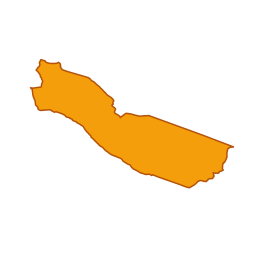 the district of Barva, Heredia, Costa Rica, rotated 110°
{"feature_id": "36466004B93518789602304", "entity_name": "Barva", "entity_type": "district", "adm_level": 2, "iso_a3": "CRI", "parent_name": "Costa Rica", "parent_adm1": "Heredia", "projection": "equal_earth", "projection_center": [-84.115, 10.073], "detail": "fine", "context": "isolated", "style": "filled", "palette": "amber", "viewbox_px": 256, "rotation_deg": 110, "n_neighbors": 0, "source": "geoboundaries", "source_scale": "gbopen_adm2", "svg_char_len": 5784}
<svg xmlns="http://www.w3.org/2000/svg" viewBox="0 0 256 256"><g transform="rotate(110 128 128)"><path d="M163.2,49.9L158.6,46.1L156.6,45.0L155.3,44.5L154.8,44.2L154.6,44.2L153.2,42.9L153.1,42.7L152.9,42.4L152.4,41.4L152.4,40.9L152.2,40.3L152.2,38.6L152.0,37.6L151.9,37.4L151.9,37.2L151.6,36.7L151.4,36.4L151.4,36.2L151.2,36.2L150.8,36.0L150.7,35.8L150.4,35.6L150.1,35.3L149.4,35.3L149.4,35.2L149.0,35.2L148.4,34.8L147.7,33.9L147.7,33.7L147.4,33.3L147.4,33.1L146.9,32.1L146.7,31.4L146.4,31.2L145.4,31.2L145.2,31.1L144.9,31.1L144.5,30.7L143.6,30.7L143.4,30.9L142.1,32.0L141.8,32.1L141.6,32.1L141.3,32.4L140.9,32.5L140.7,31.2L140.7,30.7L140.5,30.3L140.3,29.8L139.9,28.4L139.8,28.2L139.4,27.6L139.2,27.3L138.0,27.3L137.7,27.2L137.2,26.6L137.1,26.3L136.9,26.1L136.1,25.1L135.0,24.2L134.7,24.4L134.0,25.2L133.5,25.6L133.1,25.6L132.4,25.8L132.1,25.8L131.8,26.0L131.5,26.1L131.2,26.3L130.7,26.3L130.3,26.4L128.0,26.4L128.0,26.2L127.8,26.1L127.8,25.9L127.6,25.9L127.3,25.7L127.1,25.7L126.6,25.4L126.1,25.4L125.3,25.2L123.7,25.2L123.4,25.1L121.6,25.1L121.4,25.1L121.1,25.3L120.8,25.3L120.5,25.6L120.3,25.6L119.3,26.0L118.6,26.1L118.1,26.4L117.1,26.7L115.9,26.7L114.8,27.0L113.4,27.0L112.9,26.8L112.2,26.3L112.0,26.2L111.8,25.9L111.6,25.9L111.4,25.6L110.3,23.8L110.0,22.7L109.7,22.2L109.7,21.9L109.2,54.7L109.2,112.7L111.0,116.9L111.0,117.1L111.1,117.4L111.8,118.6L111.9,118.8L112.2,119.6L112.5,119.9L112.8,120.6L113.2,123.1L113.2,123.6L113.3,124.1L113.5,125.6L113.5,126.2L113.6,126.6L113.7,129.1L113.9,130.5L114.2,131.9L114.3,132.5L114.5,133.1L114.5,133.4L114.8,134.6L115.2,135.2L120.8,138.8L119.9,139.6L119.3,141.1L119.2,141.7L119.1,142.4L119.0,142.7L119.0,143.0L118.6,145.3L118.4,145.5L117.9,146.0L117.5,146.2L114.4,146.2L114.3,146.3L114.1,146.6L113.8,147.3L113.7,147.4L113.2,148.8L112.8,150.1L112.3,150.8L111.7,150.8L110.9,150.4L110.3,150.3L110.3,150.2L109.8,150.5L109.4,150.8L108.8,150.9L108.3,150.9L108.0,150.7L107.3,150.7L106.6,151.4L106.1,152.1L105.5,153.3L105.3,153.8L104.7,156.0L104.7,156.3L104.6,156.6L104.5,157.0L104.2,158.4L103.9,159.2L103.4,160.1L102.9,160.8L102.7,161.6L102.4,161.7L102.4,161.8L102.1,162.8L101.7,163.6L101.5,163.9L101.0,164.6L100.7,165.5L100.4,166.0L99.9,167.4L99.0,168.8L98.6,170.2L97.6,172.9L97.6,173.0L97.4,173.4L96.8,174.7L96.6,175.0L96.5,175.5L96.4,175.5L96.3,175.9L96.1,177.0L96.1,177.8L96.0,178.3L95.9,178.6L95.8,178.8L95.7,178.9L95.1,180.1L94.9,180.4L94.5,181.2L94.4,181.7L94.3,182.5L94.4,185.3L95.6,203.5L95.7,209.7L95.1,210.5L94.5,211.5L94.1,211.9L93.7,212.1L93.5,212.6L92.8,212.6L92.1,212.8L90.8,213.8L90.6,214.0L90.4,214.6L90.1,215.8L90.5,216.0L90.9,216.4L91.0,216.4L91.6,217.3L92.6,219.4L92.9,220.4L93.3,221.3L93.4,221.8L93.8,222.6L94.0,223.5L94.1,224.1L94.2,225.4L94.3,226.1L94.3,226.9L94.2,227.7L94.1,227.8L94.0,228.0L93.5,228.4L93.4,229.1L93.4,231.5L93.5,232.1L93.5,232.8L93.6,233.1L93.8,233.3L94.0,233.4L94.6,233.4L94.9,233.2L95.3,233.1L96.1,233.7L96.4,233.7L96.7,233.5L97.0,233.5L97.5,233.3L97.8,232.9L98.8,232.5L99.3,232.5L99.3,232.4L100.2,232.4L101.1,232.7L101.6,233.2L102.3,233.4L102.8,233.5L104.9,234.1L105.2,233.6L105.6,232.8L106.0,231.9L106.2,231.6L106.7,230.7L107.2,230.2L107.4,229.7L107.7,229.3L108.5,228.5L109.8,227.8L110.3,227.1L110.6,226.5L110.9,226.2L111.4,225.9L111.7,225.8L112.2,225.1L113.0,224.4L113.5,224.1L114.0,224.1L116.5,224.2L116.9,224.0L119.1,223.6L122.9,230.6L123.5,233.0L123.9,232.6L124.0,232.6L124.0,232.4L124.3,231.7L124.4,231.3L124.7,231.0L126.0,230.5L127.1,229.8L127.4,229.8L128.2,229.3L128.7,229.1L129.0,228.9L129.6,228.6L130.5,228.0L130.8,227.7L131.1,227.6L131.6,227.1L131.8,227.0L131.9,226.7L134.6,224.4L137.6,222.9L138.5,221.8L138.6,221.3L138.7,221.1L139.1,220.2L140.1,219.5L141.1,218.8L141.5,217.4L141.4,217.1L141.4,216.3L141.3,216.0L141.1,215.8L141.1,215.5L141.0,215.1L140.7,214.7L140.6,214.1L140.1,213.5L140.1,213.4L139.8,212.6L139.6,212.3L139.3,211.6L139.1,211.3L138.7,210.0L138.3,209.4L138.3,209.2L137.8,208.3L137.5,207.4L138.0,205.2L138.3,203.5L138.3,202.6L138.2,202.3L137.6,201.6L137.3,200.6L137.3,199.7L137.2,199.0L137.2,195.1L137.3,194.5L137.4,193.2L137.6,191.9L138.1,190.8L138.7,189.9L138.7,188.9L138.5,188.2L138.5,187.1L138.4,186.7L138.4,186.1L138.5,185.9L138.8,185.8L138.9,183.5L139.0,183.2L139.4,183.1L139.6,182.9L139.8,182.2L139.9,181.7L139.9,178.9L140.0,178.6L140.4,178.0L140.6,177.1L140.6,176.7L140.8,175.6L140.9,174.5L141.4,172.9L141.4,172.4L141.8,171.0L142.1,170.3L144.2,167.8L144.6,166.8L145.0,166.5L145.4,165.7L145.8,165.3L146.3,163.8L146.5,163.4L146.9,163.0L147.1,162.6L147.5,161.5L148.0,160.5L148.3,160.1L149.2,159.6L149.6,158.4L151.2,154.9L151.4,154.8L151.6,153.9L151.8,153.7L152.1,152.9L152.4,152.5L152.4,152.3L152.9,151.4L153.0,150.9L153.4,150.3L153.4,150.1L153.6,150.0L153.6,149.7L153.7,149.4L153.9,149.2L154.1,148.7L154.4,148.3L154.5,147.4L154.6,146.8L154.6,146.5L154.7,146.4L154.7,146.2L155.0,145.4L155.0,145.1L155.3,144.4L155.7,143.8L156.1,142.9L156.7,141.8L156.8,141.6L156.8,141.3L157.0,141.0L157.1,140.2L157.3,139.8L157.4,139.1L157.6,138.5L157.7,138.4L157.9,137.7L158.1,137.4L158.3,136.4L158.4,136.1L158.5,135.6L158.6,135.2L158.7,134.9L158.7,134.4L158.8,134.2L158.8,132.6L158.9,132.2L158.9,128.2L159.0,127.7L159.0,125.2L159.1,124.4L159.7,122.7L160.6,121.7L161.2,119.8L161.5,118.5L161.6,117.6L161.7,117.1L161.9,116.5L161.9,116.1L162.0,115.8L162.0,114.1L162.1,113.4L162.2,113.1L162.5,112.8L163.7,111.2L164.0,110.7L164.1,110.0L164.3,109.5L164.7,108.8L164.8,108.2L164.8,107.0L165.0,105.9L165.3,103.6L165.5,102.8L165.9,100.9L165.9,100.6L165.7,99.5L165.7,98.6L165.6,97.9L165.6,97.5L165.7,97.3L165.7,96.1L165.5,95.0L165.2,94.7L165.0,94.0L164.4,92.9L164.3,92.4L164.1,91.8L164.1,91.1L164.5,90.0L164.5,89.5L164.2,89.2L163.8,89.0L163.6,88.9L163.5,88.6L163.7,83.1L163.4,59.7L163.4,58.1L163.5,57.7L163.5,52.8L163.2,50.6L163.2,49.9Z" fill="#f59e0b" stroke="#b45309" stroke-width="1.5"/></g></svg>